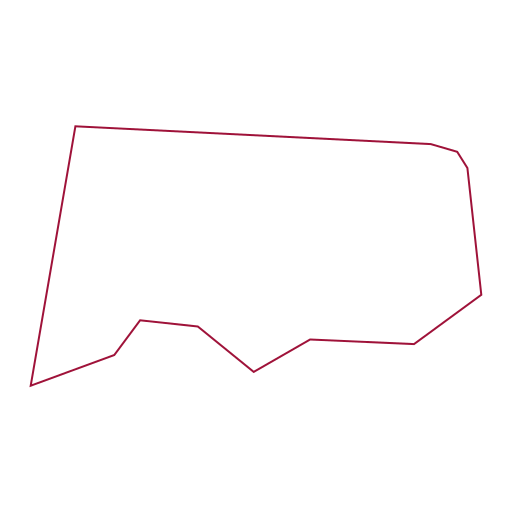 the border of Coventry
{"feature_id": "GBR-5696", "entity_name": "Coventry", "entity_type": "Metropolitan Borough", "adm_level": 1, "iso_a3": "GBR", "parent_name": "United Kingdom", "parent_adm1": "", "projection": "natural_earth1", "projection_center": [-1.533, 52.398], "detail": "fine", "context": "isolated", "style": "outline", "palette": "rose", "viewbox_px": 512, "rotation_deg": 0, "n_neighbors": 0, "source": "natural_earth", "source_scale": "10m", "svg_char_len": 280}
<svg xmlns="http://www.w3.org/2000/svg" viewBox="0 0 512 512"><path d="M30.7,385.7L75.4,126.3L430.8,144.1L457.2,151.8L467.4,168.0L481.3,294.8L414.0,344.1L310.1,339.5L253.7,371.9L197.8,326.5L140.1,320.3L114.3,355.0L30.7,385.7Z" fill="none" stroke="#9f1239" stroke-width="2"/></svg>